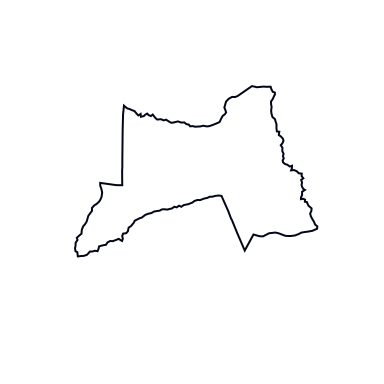 the district of Araruna, Paraná, Brazil, rotated 229°
{"feature_id": "56859067B30533502140604", "entity_name": "Araruna", "entity_type": "district", "adm_level": 2, "iso_a3": "BRA", "parent_name": "Brazil", "parent_adm1": "Paraná", "projection": "mercator", "projection_center": [-52.579, -23.926], "detail": "fine", "context": "isolated", "style": "outline", "palette": "ink", "viewbox_px": 384, "rotation_deg": 229, "n_neighbors": 0, "source": "geoboundaries", "source_scale": "gbopen_adm2", "svg_char_len": 3010}
<svg xmlns="http://www.w3.org/2000/svg" viewBox="0 0 384 384"><g transform="rotate(229 192 192)"><path d="M218.3,63.6L216.3,66.5L214.9,68.2L213.5,71.6L214.0,75.9L212.5,77.7L211.4,80.1L209.3,81.9L210.5,84.3L211.9,86.1L210.5,89.3L208.6,92.4L209.4,95.3L208.7,98.0L206.8,100.1L205.6,103.4L204.7,106.0L202.9,106.4L200.9,107.1L202.1,109.1L204.7,110.6L205.8,112.7L204.1,115.3L204.4,117.8L206.7,120.9L206.3,123.3L206.6,125.5L207.0,127.9L207.9,130.0L206.6,135.1L205.6,137.5L205.4,141.7L204.2,144.9L202.8,147.4L202.1,150.7L200.4,153.4L199.1,155.4L198.7,157.6L197.6,159.3L194.9,161.9L192.8,166.0L192.4,169.1L190.5,170.3L190.1,173.3L187.9,174.2L187.5,177.3L185.3,181.1L183.8,185.3L183.6,188.1L182.3,191.1L180.6,192.7L179.2,196.6L177.5,199.7L176.8,202.3L175.0,204.4L173.9,206.8L171.9,209.8L169.7,211.7L153.7,206.8L149.2,205.1L146.5,204.1L144.6,203.7L131.4,199.2L113.2,193.4L119.6,210.5L114.1,214.1L111.9,216.6L110.9,220.6L110.3,223.1L106.7,228.3L104.0,230.3L97.7,233.7L95.6,235.8L93.9,237.8L91.6,241.3L90.3,244.9L89.6,247.9L87.9,250.7L86.5,252.8L85.2,254.9L83.7,257.5L82.2,262.3L83.8,264.0L86.6,263.6L89.9,264.6L93.4,265.2L96.0,265.9L98.3,267.1L99.4,269.7L101.2,271.5L105.4,270.9L109.1,272.1L110.6,270.8L112.1,272.3L114.0,271.4L115.1,269.5L116.5,270.8L117.3,272.9L120.0,275.3L119.5,278.6L121.3,278.0L123.4,278.4L125.3,279.2L127.0,281.3L129.5,282.3L129.3,285.0L132.1,285.2L133.9,286.9L136.0,284.9L139.2,284.6L141.6,283.4L143.3,281.0L144.3,282.9L146.2,284.7L147.1,282.5L149.9,281.9L152.2,280.5L154.7,280.2L156.4,281.2L157.2,283.4L159.4,284.1L160.7,286.2L163.5,286.9L166.1,289.3L169.1,289.7L169.4,292.1L170.6,294.6L172.7,295.6L175.6,295.5L178.1,294.9L180.2,297.4L182.0,295.8L184.5,297.4L187.7,300.2L190.1,301.2L192.6,302.4L195.8,301.9L199.0,303.4L201.4,305.0L204.1,308.0L206.3,309.2L208.5,311.0L209.1,313.8L210.4,316.5L211.2,318.6L212.7,319.8L214.6,318.7L217.4,319.3L219.9,320.4L222.3,317.5L224.8,314.9L228.4,309.8L230.5,308.3L232.6,306.7L234.5,289.3L235.5,286.7L237.5,284.6L238.3,280.7L237.9,277.0L234.5,271.8L232.6,271.2L229.7,270.0L229.1,267.8L229.3,265.2L228.2,262.1L226.7,258.7L227.7,255.4L228.7,252.5L230.1,248.8L231.3,246.8L232.6,245.5L234.6,244.0L236.1,241.2L239.3,237.1L241.2,235.8L242.8,233.7L245.0,233.8L246.9,232.3L249.6,231.8L251.5,229.4L254.5,227.7L256.4,223.9L257.9,221.7L260.7,220.7L263.6,219.9L264.6,217.7L267.3,216.3L269.6,213.2L272.3,212.9L276.2,213.2L276.3,210.8L278.5,209.7L280.6,209.6L281.0,207.5L280.9,205.4L282.3,202.8L284.6,204.4L285.0,201.7L287.4,201.6L290.8,201.7L293.5,200.2L295.8,199.2L297.5,198.0L299.5,197.6L301.8,197.3L295.8,190.9L284.8,180.8L263.2,161.6L256.1,155.4L254.0,153.3L242.9,143.8L246.9,139.3L259.1,128.7L257.0,126.9L254.0,125.7L250.7,124.0L249.1,122.2L247.5,120.3L246.0,116.9L245.6,114.8L245.6,112.1L246.0,109.7L245.6,106.0L243.4,104.2L242.5,100.1L242.0,98.1L240.8,96.2L238.7,92.9L237.9,90.3L237.5,87.4L235.8,84.1L233.0,81.2L233.1,78.9L233.0,75.0L230.9,74.1L230.1,71.0L227.7,68.7L226.3,66.8L223.7,65.2L221.9,66.0L218.3,63.6Z" fill="none" stroke="#020617" stroke-width="2"/></g></svg>